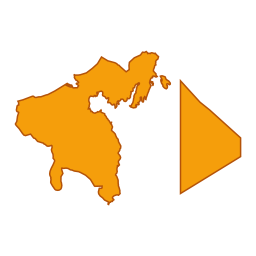 outline of Yunguyo, Puno, Peru
{"feature_id": "86281439B12853794750589", "entity_name": "Yunguyo", "entity_type": "district", "adm_level": 2, "iso_a3": "PER", "parent_name": "Peru", "parent_adm1": "Puno", "projection": "robinson", "projection_center": [-69.037, -16.305], "detail": "fine", "context": "isolated", "style": "filled", "palette": "amber", "viewbox_px": 256, "rotation_deg": 0, "n_neighbors": 0, "source": "geoboundaries", "source_scale": "gbopen_adm2", "svg_char_len": 5727}
<svg xmlns="http://www.w3.org/2000/svg" viewBox="0 0 256 256"><path d="M108.6,204.5L108.8,203.7L109.7,202.3L110.5,202.2L111.4,201.3L112.4,201.4L112.9,200.4L113.8,199.9L113.8,199.5L112.6,198.4L112.5,197.3L113.2,196.5L114.0,195.8L116.2,195.0L117.2,194.8L118.5,195.2L120.1,193.6L119.8,192.0L119.9,190.8L119.2,188.0L118.4,185.8L118.4,184.5L118.2,183.6L118.1,180.1L116.7,176.3L115.6,175.0L115.9,174.0L116.7,173.2L117.2,171.4L116.9,169.8L117.0,168.2L117.4,166.8L117.4,165.7L117.8,165.5L118.4,166.0L119.4,164.9L118.5,162.7L118.4,161.6L118.6,160.8L120.3,158.7L120.6,157.3L120.0,155.8L118.2,153.4L118.1,153.1L118.4,152.3L119.7,150.4L120.0,148.8L120.6,148.2L120.8,146.0L118.6,141.9L118.1,139.4L117.6,138.6L116.8,137.9L115.7,135.5L115.3,134.1L114.0,132.6L111.6,130.5L111.8,128.7L112.3,127.9L112.5,126.8L112.0,125.8L111.7,124.8L110.8,123.8L111.5,122.8L111.5,122.3L111.3,122.3L110.3,122.9L109.1,120.8L108.2,119.9L107.6,118.8L106.8,118.1L106.0,116.3L104.8,115.1L104.8,114.1L104.6,113.7L101.2,112.3L100.9,111.8L101.2,110.4L101.0,110.0L99.1,111.8L98.2,111.9L97.7,111.7L97.1,112.3L96.2,112.5L95.3,113.1L94.9,113.2L92.7,112.5L92.4,111.8L91.7,111.3L91.0,111.5L90.6,110.0L90.0,109.4L89.9,108.5L88.3,108.9L88.5,107.9L89.2,106.7L89.2,105.4L89.7,103.9L89.6,103.1L88.8,101.0L88.9,98.7L89.7,96.9L90.7,96.1L93.7,96.6L94.1,96.4L94.3,95.5L95.4,95.6L95.8,96.4L96.5,95.9L97.0,96.0L98.1,93.6L97.8,93.4L97.1,93.9L96.8,93.1L97.0,92.3L98.7,92.1L99.9,91.4L101.6,91.2L102.6,92.0L102.8,93.5L102.5,94.6L102.7,95.6L105.2,96.9L105.9,98.2L106.4,98.7L107.0,98.7L108.1,97.7L108.6,97.9L108.5,100.0L107.7,102.1L107.9,102.7L109.2,102.6L110.2,102.9L111.4,104.4L112.2,105.0L113.0,105.0L113.8,104.2L114.3,104.3L114.6,104.7L115.0,106.2L115.1,108.0L115.3,108.1L116.3,107.1L116.9,106.1L116.9,105.3L116.5,104.1L117.0,103.9L116.9,103.3L118.1,103.6L118.7,104.3L119.0,104.1L118.9,103.3L118.5,102.1L117.5,101.6L118.1,100.9L119.6,101.1L120.6,100.2L120.8,99.3L122.3,99.1L123.3,99.5L123.7,100.6L124.2,101.2L125.3,101.5L126.3,101.0L126.8,100.4L127.4,98.3L127.8,98.6L128.9,98.7L129.5,98.5L130.5,96.9L130.3,95.9L130.8,94.7L131.1,93.3L131.0,91.6L132.1,91.5L133.1,90.8L133.0,88.8L133.4,87.9L134.5,87.7L134.8,86.9L134.9,85.8L136.0,84.3L137.4,84.0L137.8,83.4L138.9,82.8L139.4,83.2L139.3,83.9L138.9,84.6L137.7,85.4L137.1,86.2L136.2,90.6L135.8,91.6L136.0,92.8L134.8,94.1L134.1,95.6L133.9,96.5L134.1,97.1L133.6,98.5L133.4,100.4L132.8,102.8L131.8,104.3L130.8,106.4L130.6,106.4L129.9,105.7L129.7,105.9L130.6,106.9L133.4,107.9L135.8,107.5L136.4,106.7L136.6,106.1L136.4,105.6L136.0,106.2L135.6,105.8L136.1,104.7L136.5,105.2L137.0,104.7L138.7,104.7L139.1,104.2L139.1,103.9L138.3,103.3L138.0,102.6L139.3,102.0L140.0,100.9L140.4,99.8L140.3,97.4L141.0,97.0L141.3,97.2L141.9,101.0L142.3,101.7L142.7,102.0L143.2,102.0L143.4,101.7L143.8,99.3L143.6,98.1L144.2,97.6L144.6,96.6L144.9,96.8L145.5,99.3L145.9,99.5L146.2,97.9L147.9,93.0L148.7,91.2L149.0,90.0L151.0,85.7L150.6,85.5L150.3,84.4L149.6,83.0L149.6,82.6L150.6,82.3L151.5,82.8L152.2,83.6L152.6,85.0L152.9,85.3L153.1,85.1L153.3,83.4L152.8,82.9L152.6,81.8L151.8,81.9L151.1,81.4L149.8,81.1L150.7,78.7L151.3,78.0L152.5,77.7L152.7,77.2L152.4,76.8L152.5,76.4L153.2,76.1L154.1,76.1L155.5,76.9L156.6,76.9L157.2,76.5L156.0,75.2L156.0,73.9L153.4,71.1L153.6,69.1L154.2,67.9L154.8,65.4L155.9,64.9L155.5,63.5L155.8,62.7L155.6,61.7L156.4,60.1L157.7,59.3L158.3,57.7L158.5,56.5L157.5,55.8L155.1,53.2L154.6,53.6L152.5,52.9L151.4,52.8L150.8,53.0L150.2,53.6L148.9,53.2L147.8,53.6L147.3,52.6L146.2,51.5L144.7,52.4L142.5,52.2L140.5,55.0L134.3,57.8L129.4,62.3L129.0,65.5L129.2,69.6L126.1,71.8L120.0,66.4L119.2,65.4L117.7,64.8L116.8,63.7L114.8,62.7L107.8,60.8L101.5,57.0L97.5,63.7L92.3,68.4L86.4,72.9L80.2,74.8L78.0,75.1L75.2,75.1L74.3,74.7L74.1,75.0L74.6,76.0L74.3,77.2L74.7,78.2L76.0,80.2L77.0,80.5L77.5,81.2L78.6,82.2L78.5,82.7L77.5,83.2L76.7,83.2L76.3,83.8L78.5,85.5L78.5,85.9L77.3,87.7L73.2,87.9L72.8,87.5L72.2,86.1L71.6,86.2L71.4,87.0L71.1,87.1L69.1,86.6L65.9,85.1L65.8,84.9L66.0,84.8L67.3,85.1L68.1,84.8L69.6,85.3L71.7,85.4L71.6,85.1L70.7,85.1L68.1,84.0L67.2,83.4L54.8,91.0L47.8,94.6L46.0,95.0L40.9,96.8L38.5,96.9L36.0,97.5L34.7,97.3L33.6,96.3L32.5,96.2L23.0,99.8L17.9,101.2L18.6,102.6L18.7,105.0L17.7,105.3L17.1,106.0L16.4,110.0L16.7,111.1L17.1,111.6L18.5,112.2L18.7,112.5L17.5,116.2L16.8,121.4L15.4,124.0L16.1,125.3L19.1,128.6L22.5,133.5L23.9,135.1L25.5,135.6L30.6,134.1L33.6,138.0L35.1,138.5L37.6,141.4L43.5,143.2L44.0,144.0L45.2,144.4L46.8,145.9L47.8,146.2L49.2,146.1L51.5,145.4L51.9,145.7L52.1,147.3L51.4,149.8L51.9,151.8L53.0,154.3L53.2,156.5L53.1,158.3L54.0,159.3L54.5,160.1L54.7,161.0L53.1,164.7L51.3,168.2L50.3,170.7L50.0,171.7L49.7,173.8L49.9,175.2L50.9,177.6L50.8,178.5L51.0,179.5L50.7,182.1L50.9,183.0L52.5,185.9L54.8,189.2L55.6,189.9L56.4,190.1L57.7,190.3L59.1,190.1L60.2,189.5L61.0,188.8L61.5,187.5L61.8,185.4L61.4,182.7L60.9,181.3L61.0,176.6L62.9,173.5L61.7,169.6L61.7,168.2L62.2,168.1L63.4,168.4L66.1,168.1L68.2,168.5L70.3,169.8L72.1,170.1L74.2,171.0L78.7,171.7L80.5,172.5L85.6,175.2L90.5,179.5L94.4,186.0L94.9,186.3L102.1,186.1L102.0,187.8L101.6,188.3L99.3,188.3L99.2,188.6L98.4,191.9L98.7,193.8L100.2,196.0L102.6,197.8L104.5,200.0L108.3,201.9L108.4,202.9L108.0,204.0L108.1,204.3L108.6,204.5ZM240.6,156.6L240.6,137.9L209.7,110.0L200.0,102.2L180.5,80.8L180.5,193.5L240.6,156.6ZM168.8,81.1L166.3,79.5L165.6,78.3L165.4,77.3L165.0,76.8L162.5,75.9L161.1,75.9L160.4,76.2L160.7,76.5L160.8,77.1L161.5,78.3L162.1,80.0L161.9,81.0L161.7,81.2L161.0,79.6L160.8,80.0L160.9,81.1L161.6,83.3L162.1,83.7L162.3,84.5L162.8,84.9L163.0,86.4L164.2,87.7L165.2,88.4L166.3,88.8L167.2,88.0L167.4,87.3L167.3,86.5L167.5,86.1L167.4,85.6L166.7,85.1L166.9,83.9L167.8,83.7L169.5,84.7L170.1,84.4L170.3,83.7L170.2,83.0L168.8,81.1Z" fill="#f59e0b" stroke="#b45309" stroke-width="1.5"/></svg>